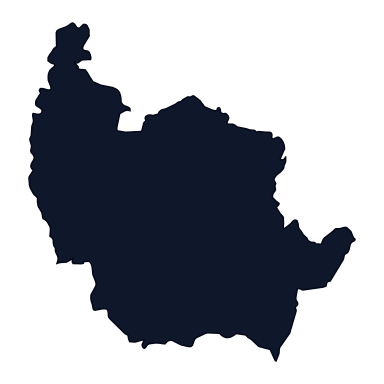 an SVG outline of Amhara, rotated 180°
{"feature_id": "ETH-3109", "entity_name": "Amhara", "entity_type": "Administrative State", "adm_level": 1, "iso_a3": "ETH", "parent_name": "Ethiopia", "parent_adm1": "", "projection": "albers", "projection_center": [38.049, 11.266], "detail": "fine", "context": "isolated", "style": "filled", "palette": "ink", "viewbox_px": 384, "rotation_deg": 180, "n_neighbors": 0, "source": "natural_earth", "source_scale": "10m", "svg_char_len": 5964}
<svg xmlns="http://www.w3.org/2000/svg" viewBox="0 0 384 384"><g transform="rotate(180 192 192)"><path d="M85.3,95.6L86.3,95.2L86.9,93.9L88.2,86.4L88.2,84.8L87.9,83.8L86.4,81.1L86.4,79.6L87.1,78.4L88.1,77.5L88.7,76.5L88.7,75.9L88.0,74.2L87.9,73.0L94.4,50.8L104.2,36.8L104.8,34.9L105.0,31.1L105.3,29.8L108.0,23.0L108.9,23.7L113.5,33.9L114.4,35.0L115.5,35.0L124.1,37.3L125.4,37.8L132.6,44.6L136.2,46.8L137.8,48.7L139.0,49.2L146.7,50.3L148.0,50.4L148.9,49.8L149.7,49.0L153.3,47.0L155.2,46.6L157.2,46.4L158.9,46.8L160.8,47.6L162.5,48.8L164.2,50.6L165.1,50.8L176.4,51.2L178.4,50.8L187.4,46.5L188.5,45.7L189.4,44.6L190.0,43.4L191.6,38.7L193.2,37.5L195.7,37.5L203.0,39.2L211.7,43.6L213.9,44.0L216.1,43.0L217.3,42.1L219.0,40.2L221.4,40.4L224.7,40.9L228.5,41.1L234.9,40.2L236.3,39.5L237.3,38.4L238.6,36.4L239.7,35.8L240.4,36.0L241.1,36.8L241.6,37.9L241.8,39.4L239.8,44.1L240.2,44.3L245.7,42.9L248.3,42.1L249.6,42.0L254.3,42.4L255.3,44.9L255.8,47.8L256.2,49.0L258.9,50.3L273.6,64.8L275.3,66.9L275.7,69.0L275.6,70.3L275.8,71.9L276.1,73.5L276.6,74.4L277.4,75.0L278.6,75.2L281.9,75.2L289.1,73.8L290.3,74.3L290.9,75.6L291.2,77.7L291.7,79.9L292.5,82.3L293.1,85.2L293.0,89.0L288.2,97.9L287.8,100.1L288.3,102.5L291.0,109.3L291.8,116.7L292.1,118.2L292.7,120.0L293.7,121.6L294.8,122.6L295.4,122.7L300.3,122.5L300.6,120.8L302.6,120.3L310.9,120.5L311.5,121.6L311.7,123.0L311.5,124.4L311.2,125.5L317.2,122.1L317.9,121.9L322.6,121.6L324.9,121.3L327.0,120.6L326.0,123.8L325.8,124.5L325.9,126.2L326.4,128.1L328.1,131.6L328.6,133.4L328.5,135.2L328.6,136.1L329.8,137.8L330.2,138.8L330.6,140.8L330.7,143.7L331.0,144.7L331.8,146.0L332.3,146.7L333.9,147.6L334.0,147.9L333.5,154.4L333.6,156.3L334.1,157.6L336.4,161.8L337.6,163.2L339.0,164.4L340.8,165.3L341.4,167.2L341.9,170.7L342.5,172.2L345.3,176.8L345.9,178.4L346.5,182.1L346.4,186.0L348.4,188.2L349.7,189.3L350.7,190.6L353.4,195.5L354.0,197.2L354.5,199.0L354.7,202.2L355.0,204.6L355.0,205.8L354.8,207.0L354.3,208.0L350.6,213.7L352.3,215.5L353.1,217.3L352.9,219.1L352.2,220.9L350.3,224.3L349.8,225.7L349.8,227.2L350.6,229.0L352.7,231.5L353.1,232.4L353.1,233.9L352.5,237.2L352.5,238.8L354.1,244.1L353.9,245.8L353.1,247.3L352.7,248.6L352.1,257.2L351.9,258.4L350.7,261.5L350.5,263.4L351.3,268.7L351.2,270.0L350.7,270.5L346.8,269.7L345.2,269.7L343.6,270.1L342.5,271.0L341.9,272.7L342.0,274.0L342.8,275.2L344.3,276.3L346.3,277.5L347.7,278.5L348.3,279.9L348.2,282.5L347.7,283.9L345.9,286.6L345.3,287.9L343.5,290.2L343.5,291.2L344.3,292.7L344.6,293.5L343.7,295.4L341.1,295.4L335.5,293.8L332.9,294.6L333.1,297.3L335.6,303.6L335.8,307.1L335.4,310.5L334.1,313.5L331.7,315.9L330.3,317.0L329.4,318.0L329.2,319.1L330.1,320.2L332.7,320.9L333.5,321.4L335.9,323.2L335.9,326.4L334.1,329.5L331.9,332.4L330.4,335.1L327.4,337.5L327.7,351.2L327.0,353.1L325.0,354.5L318.1,357.0L315.8,358.3L312.7,360.6L311.3,361.0L309.6,360.0L307.2,356.4L305.2,355.7L304.2,356.0L300.7,359.5L299.3,359.6L298.1,359.3L297.3,358.7L296.8,358.0L295.1,354.3L295.0,353.2L295.1,351.9L294.9,348.1L300.6,338.7L301.4,336.5L301.2,334.5L299.8,333.5L296.2,332.8L294.9,331.7L293.9,329.5L293.3,327.0L293.2,325.1L293.6,324.5L296.2,324.5L302.0,324.1L302.8,323.7L306.0,321.3L307.7,321.0L310.2,321.8L306.3,317.7L305.8,317.1L306.1,315.5L304.7,314.7L302.7,314.3L301.2,314.4L298.7,314.0L296.6,311.1L294.2,306.9L291.0,302.2L283.3,298.8L271.2,296.4L266.9,294.3L264.7,291.7L263.6,288.6L263.1,285.3L263.0,281.9L262.8,281.5L261.6,279.7L260.2,278.5L259.6,278.2L255.4,276.6L254.1,275.4L254.0,273.3L256.6,273.9L259.2,273.3L263.5,270.9L264.4,270.0L267.2,256.4L267.3,254.0L266.1,253.0L258.4,251.7L243.0,252.5L242.3,253.0L242.0,253.7L240.2,260.9L239.8,261.7L239.2,262.2L238.6,262.4L238.3,262.8L238.3,263.8L238.8,265.9L238.7,266.6L237.8,267.9L236.3,268.7L234.6,269.0L233.0,268.9L231.3,268.5L230.7,268.5L228.2,269.3L226.3,269.7L225.6,270.3L225.0,271.8L223.3,273.4L222.8,273.8L222.1,274.1L218.2,275.1L208.8,279.6L205.7,281.8L205.1,282.0L203.2,282.2L202.8,282.5L201.2,284.3L196.5,287.0L195.9,287.1L194.2,286.8L193.3,287.0L191.4,288.0L190.3,288.1L184.1,283.4L183.1,282.2L182.8,281.4L181.2,279.6L179.9,277.7L179.0,277.0L172.6,274.2L170.4,273.5L168.1,273.2L167.1,273.6L166.6,275.4L165.9,276.2L165.2,276.3L164.6,276.0L163.8,274.8L163.6,274.0L163.5,271.8L162.9,271.1L161.9,270.6L160.8,270.3L159.9,270.3L158.7,270.5L158.3,270.4L157.7,270.0L156.1,268.4L155.3,266.1L156.0,264.0L157.0,262.1L156.8,260.3L155.8,259.8L151.4,259.8L150.1,259.3L148.8,258.6L146.9,257.0L137.4,255.1L134.7,254.2L133.3,253.9L130.2,253.7L129.5,253.5L128.9,253.1L127.8,252.0L127.2,251.9L125.6,252.4L125.0,252.4L117.4,251.7L114.4,251.7L113.0,251.2L112.2,249.9L112.1,248.7L112.3,247.5L112.3,246.4L111.6,245.4L110.8,245.1L110.1,245.2L106.8,246.8L105.2,246.7L103.7,245.6L102.2,243.9L100.9,241.7L99.9,238.9L99.5,235.1L103.8,225.3L102.9,224.1L101.5,224.1L100.2,224.6L99.2,225.5L98.6,226.8L98.4,226.9L98.3,223.8L98.5,221.8L100.2,218.0L100.3,216.0L101.2,214.7L103.4,212.2L106.8,209.6L108.6,207.6L110.3,204.7L108.3,200.4L109.1,198.4L109.0,197.0L108.5,194.4L109.2,192.9L110.4,191.3L111.4,189.3L111.6,186.6L107.6,182.5L106.5,181.8L104.9,180.4L105.5,179.0L106.8,177.7L107.6,176.6L107.5,176.1L103.7,170.2L101.5,167.9L100.7,166.6L100.5,160.6L100.8,156.2L100.3,155.4L98.8,155.9L96.3,157.8L93.6,160.0L90.8,163.0L89.6,163.8L88.3,163.9L87.0,163.3L86.0,160.3L85.6,156.9L84.9,155.2L83.3,153.3L80.7,149.1L78.0,146.7L77.1,145.8L76.3,144.0L75.7,143.2L74.1,142.3L73.8,142.0L72.8,141.7L70.9,141.6L69.2,141.4L68.4,140.1L67.8,140.0L65.8,140.0L63.0,139.7L62.6,140.0L60.8,144.4L59.7,145.9L51.3,152.4L49.7,154.0L48.3,155.2L47.0,155.3L45.1,155.2L43.3,155.5L39.6,156.6L38.1,156.6L36.6,155.8L35.0,154.3L33.1,152.4L30.7,146.3L29.0,144.8L29.2,143.9L29.8,143.3L32.2,141.9L33.5,140.4L34.1,138.8L34.8,135.1L36.0,132.2L36.5,131.5L37.2,130.9L38.6,130.2L39.3,129.6L39.9,128.7L40.3,126.0L41.0,124.1L53.5,103.5L54.1,102.8L54.7,102.6L56.0,102.5L56.5,102.3L57.2,101.5L58.0,98.1L58.2,97.9L60.9,96.9L80.7,94.1L82.1,94.3L83.5,95.1L85.3,95.6Z" fill="#0f172a" stroke="#020617" stroke-width="1.5"/></g></svg>